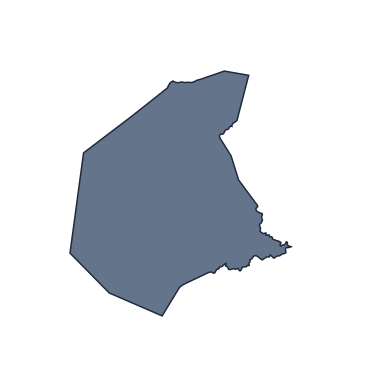 the district of El Rosario, Olancho, Honduras, rotated 121°
{"feature_id": "27666195B45441120072404", "entity_name": "El Rosario", "entity_type": "district", "adm_level": 2, "iso_a3": "HND", "parent_name": "Honduras", "parent_adm1": "Olancho", "projection": "orthographic", "projection_center": [-86.7, 14.904], "detail": "fine", "context": "isolated", "style": "filled", "palette": "slate", "viewbox_px": 384, "rotation_deg": 121, "n_neighbors": 0, "source": "geoboundaries", "source_scale": "gbopen_adm2", "svg_char_len": 5548}
<svg xmlns="http://www.w3.org/2000/svg" viewBox="0 0 384 384"><g transform="rotate(121 192 192)"><path d="M157.9,282.6L214.3,305.1L307.2,265.1L321.2,210.9L313.6,153.8L281.5,153.6L280.2,153.5L279.4,153.3L278.4,152.9L275.9,151.9L252.4,136.3L251.7,135.4L251.0,134.8L250.9,134.6L250.7,134.3L250.6,133.9L250.5,133.5L250.5,133.0L250.5,132.1L250.4,131.6L250.4,131.4L250.2,131.2L249.8,131.0L249.6,130.9L249.1,130.8L248.7,130.8L248.3,130.8L246.7,131.0L245.9,131.0L245.6,130.9L245.2,130.4L244.7,130.0L244.2,129.6L243.7,129.5L243.3,129.5L243.0,129.6L242.6,129.8L242.4,129.8L242.1,129.8L241.9,129.7L241.7,129.3L240.9,128.3L240.6,128.1L240.4,127.9L240.1,127.8L239.4,127.5L236.8,126.8L236.2,126.5L236.0,126.4L235.8,126.3L235.7,126.2L235.8,125.9L236.3,125.7L237.8,125.1L238.0,125.1L238.0,124.2L238.1,122.9L238.1,122.6L238.2,122.4L238.4,122.2L239.0,121.5L239.2,121.2L239.4,120.9L239.4,120.7L239.4,120.2L239.2,119.9L239.0,119.6L238.6,119.1L237.4,117.8L236.7,117.2L236.2,116.8L236.1,116.7L235.8,115.0L235.8,114.8L235.0,114.1L234.1,113.4L233.9,113.1L234.8,111.4L234.9,111.2L235.0,110.8L234.9,110.5L234.8,110.2L234.6,110.0L234.4,109.9L234.1,109.8L233.4,109.7L233.0,109.8L232.1,109.9L231.1,110.1L230.7,110.1L230.4,109.9L230.0,109.4L229.4,108.8L229.0,108.3L228.4,107.5L228.1,107.0L227.9,106.8L227.8,106.7L227.5,106.7L227.0,106.9L226.7,106.9L226.3,106.7L226.1,106.6L226.0,106.4L225.9,106.3L225.9,106.1L226.0,105.8L225.9,105.6L225.8,105.4L225.7,105.3L225.6,105.2L225.4,105.2L225.1,105.4L224.7,105.8L224.4,106.2L224.2,106.3L223.7,106.4L223.1,106.5L222.7,106.5L222.1,106.4L221.8,106.5L221.5,106.6L221.0,106.8L220.8,107.0L220.6,107.3L220.3,107.5L220.2,107.4L219.9,107.1L219.4,106.9L218.9,106.6L218.6,106.5L218.2,106.3L217.8,106.2L217.3,106.2L216.5,106.2L215.9,106.2L215.6,106.2L215.3,106.1L214.9,105.9L214.7,105.7L214.4,105.5L214.3,105.3L214.0,105.0L213.9,104.6L213.7,104.2L213.6,103.9L213.5,103.6L213.5,102.8L213.5,102.3L213.8,99.9L214.1,97.5L214.1,97.1L214.0,96.9L213.9,96.7L213.5,96.5L213.1,96.3L212.5,96.1L212.3,96.0L210.1,95.0L209.7,94.7L208.9,94.1L208.4,93.6L208.1,93.1L208.0,92.7L207.8,92.3L207.7,92.2L207.1,92.2L206.9,92.3L206.6,92.5L206.2,92.6L205.9,92.7L205.7,92.5L205.7,92.1L205.9,90.5L205.9,90.4L206.1,90.0L206.2,89.8L206.4,89.1L206.5,88.4L206.6,88.1L206.5,87.8L206.4,87.7L206.1,87.5L204.6,86.9L204.0,86.6L203.7,86.4L203.1,86.0L202.6,85.5L202.1,84.9L201.7,84.2L201.3,83.9L201.1,83.8L200.3,83.5L199.4,83.1L198.9,82.8L198.4,82.4L197.8,81.7L197.0,81.0L196.7,80.8L196.3,80.5L195.8,80.3L195.6,80.3L194.5,81.1L194.0,81.6L193.2,82.2L192.5,82.6L192.3,82.7L192.0,82.7L191.7,82.7L191.2,82.4L190.6,81.7L189.7,80.4L189.1,79.8L188.7,79.4L188.3,79.1L187.9,79.0L187.8,78.9L187.8,79.0L188.0,79.5L188.5,81.4L188.5,81.7L188.5,82.1L188.4,82.3L188.3,82.6L188.1,82.8L188.0,83.0L187.8,83.2L187.4,83.4L187.2,83.5L186.9,83.9L186.7,84.0L186.3,84.3L186.1,84.4L186.0,84.6L185.9,84.8L185.9,85.0L186.0,85.2L186.2,85.4L186.3,85.5L186.8,85.5L187.4,85.4L188.5,85.4L188.9,85.4L189.4,85.6L189.7,85.7L189.9,85.9L190.1,86.1L190.3,86.5L190.5,86.7L191.2,87.4L191.4,87.5L191.5,87.6L192.1,87.7L192.4,87.9L192.6,88.1L192.7,88.3L192.8,88.5L192.7,88.6L192.5,88.8L191.5,89.4L190.9,89.6L190.7,89.7L190.2,89.5L189.9,89.6L189.5,89.7L189.5,89.8L189.4,89.9L189.4,90.1L189.5,90.6L189.5,91.8L189.5,92.3L189.5,92.6L189.6,92.9L189.9,93.6L190.1,94.8L190.6,97.2L190.7,97.9L190.8,98.3L190.8,98.5L190.7,98.7L190.6,98.9L190.5,99.1L190.3,99.3L190.0,99.5L189.7,99.7L189.5,100.0L189.4,100.3L189.3,100.6L189.4,100.9L189.5,101.1L189.7,101.4L190.0,101.7L190.1,101.9L190.1,102.1L190.2,102.3L190.1,102.6L190.0,102.8L189.9,102.9L189.7,103.2L189.5,103.3L189.3,103.8L189.3,104.0L189.2,104.0L189.3,104.2L190.6,105.7L190.8,106.1L190.9,106.4L190.9,106.5L189.6,107.0L189.2,107.1L189.1,107.4L189.2,107.6L189.4,107.9L190.7,109.3L190.9,109.5L191.0,110.1L190.9,110.7L190.8,112.2L190.7,113.0L190.6,113.4L190.5,113.5L190.4,113.7L190.2,113.8L189.5,114.0L189.4,114.0L189.2,114.0L188.0,114.4L187.7,114.6L187.5,114.9L187.1,115.3L186.6,116.1L186.3,116.5L185.8,117.0L185.5,117.2L185.3,117.3L185.1,117.3L184.7,117.3L184.1,117.1L183.2,116.8L183.0,116.7L182.6,116.7L182.1,116.7L181.8,116.8L181.3,116.9L180.4,117.1L179.9,117.1L179.7,117.1L179.4,117.5L179.2,117.8L178.9,118.3L178.7,118.6L178.3,119.0L177.9,119.2L177.5,119.5L177.1,119.6L176.8,119.7L176.0,119.8L175.3,120.0L174.9,120.2L174.7,120.4L174.6,120.5L174.4,120.9L174.4,121.3L174.6,121.9L174.9,122.8L175.0,123.2L175.0,123.5L175.0,124.0L175.1,124.4L175.1,125.3L175.0,126.2L174.9,126.9L174.8,127.3L174.5,127.7L174.3,127.9L174.1,128.1L173.7,128.4L173.5,128.5L173.3,128.5L173.0,128.6L172.6,128.6L172.1,128.5L171.3,128.4L170.6,128.1L169.5,129.5L169.4,129.9L157.7,158.2L140.9,177.1L131.2,196.1L130.5,196.8L130.1,197.0L129.5,197.4L129.3,197.5L129.1,197.5L128.8,197.5L128.4,197.4L128.2,197.4L127.9,197.2L127.5,196.9L127.3,196.7L127.1,196.4L127.0,196.2L126.9,195.9L126.8,195.6L126.5,195.4L126.1,195.3L125.5,195.1L124.8,195.0L123.5,195.1L122.1,195.3L121.9,195.3L121.7,195.2L121.2,194.9L120.7,194.4L120.0,193.7L119.8,193.5L119.6,193.4L119.4,193.3L118.8,193.3L117.7,193.1L116.9,193.2L116.6,193.2L116.4,193.1L116.1,193.0L115.8,192.8L115.6,192.5L115.4,192.2L115.2,191.6L114.7,192.2L113.6,192.2L111.7,192.1L110.6,191.6L110.3,191.4L109.6,191.0L108.7,190.6L107.4,190.3L106.5,190.6L62.8,203.5L71.7,226.6L91.3,243.0L93.7,245.4L96.2,246.8L98.1,248.4L99.0,249.9L100.3,252.5L101.5,253.9L102.1,255.0L102.6,256.5L103.0,257.6L104.1,258.7L104.8,259.4L105.9,261.0L106.3,262.1L106.8,264.7L106.6,265.4L108.3,266.4L109.7,267.0L113.2,267.0L115.3,266.6L157.9,282.6Z" fill="#64748b" stroke="#1e293b" stroke-width="1.5"/></g></svg>